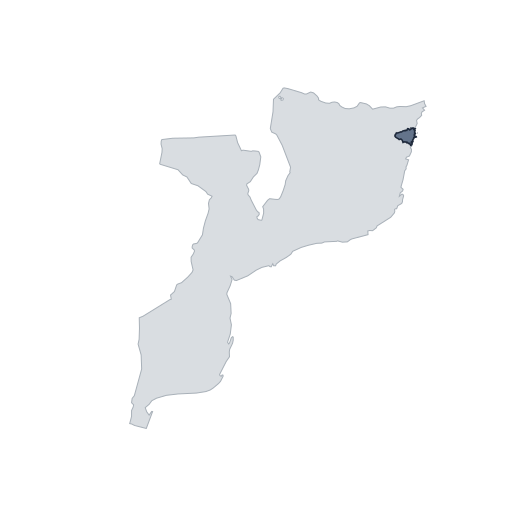 location of Macomia, Cabo Delgado, Mozambique, rotated 17°
{"feature_id": "85939544B2345621089228", "entity_name": "Macomia", "entity_type": "district", "adm_level": 2, "iso_a3": "MOZ", "parent_name": "Mozambique", "parent_adm1": "Cabo Delgado", "projection": "albers", "projection_center": [40.255, -12.036], "detail": "fine", "context": "in_parent", "style": "filled", "palette": "slate", "viewbox_px": 512, "rotation_deg": 17, "n_neighbors": 0, "source": "geoboundaries", "source_scale": "gbopen_adm2", "svg_char_len": 7337}
<svg xmlns="http://www.w3.org/2000/svg" viewBox="0 0 512 512"><g transform="rotate(17 256 256)"><path d="M162.4,349.2L165.5,346.7L186.3,323.0L187.6,322.1L185.7,318.3L188.4,313.8L188.6,306.8L189.4,305.7L192.6,303.3L197.0,296.0L199.6,290.4L199.9,287.7L195.6,280.2L194.3,276.2L195.4,272.6L195.8,269.3L195.2,268.3L192.6,267.0L192.2,265.5L192.2,263.8L192.7,262.8L195.7,261.2L196.3,260.3L198.6,251.4L197.6,244.7L197.3,237.1L197.7,229.2L197.4,224.7L195.2,219.6L195.0,215.9L196.3,213.3L196.5,211.7L191.7,211.0L189.2,209.0L179.9,205.8L172.9,205.6L166.8,200.6L162.2,199.9L156.2,196.3L137.5,196.3L136.9,195.9L135.8,184.5L134.9,180.8L132.5,176.8L131.8,174.0L131.9,172.2L142.0,167.7L162.1,161.2L166.5,159.1L200.7,146.4L201.7,147.1L205.3,153.0L211.3,159.6L212.6,158.6L220.9,157.3L222.1,156.4L224.6,155.8L227.5,155.3L228.5,155.7L231.6,159.8L232.9,167.6L233.1,172.9L232.8,176.7L230.4,181.1L228.8,186.6L226.2,189.7L226.3,191.1L229.4,194.3L230.0,195.7L229.9,198.6L230.4,199.7L233.0,201.4L235.1,204.0L242.7,211.8L244.6,213.2L246.1,213.5L246.9,215.1L246.5,216.9L245.4,218.0L245.9,219.4L247.3,220.6L250.7,220.3L251.1,219.8L250.8,212.8L249.5,208.8L248.0,206.9L250.8,199.3L252.3,197.2L257.9,196.2L260.5,195.5L261.5,194.6L262.3,192.1L262.9,185.4L263.0,179.1L262.4,175.4L263.1,169.8L264.3,166.3L263.7,165.7L263.1,161.0L248.7,142.5L240.6,134.3L239.2,133.5L234.8,132.9L232.4,129.9L230.1,113.1L226.9,101.0L231.4,92.9L232.8,87.7L233.8,87.0L237.7,86.6L251.8,86.5L255.2,86.9L256.8,86.4L260.4,83.2L263.4,83.2L267.5,85.1L269.7,86.8L270.1,88.3L272.8,89.1L277.9,89.3L281.6,88.5L283.8,86.7L286.2,85.7L288.8,85.5L290.7,86.1L292.0,87.5L294.5,88.4L298.1,88.9L302.1,88.0L306.4,85.7L308.9,83.3L310.2,79.3L311.0,78.7L317.1,78.3L320.4,79.1L324.6,81.5L331.8,77.0L336.3,75.5L340.7,75.5L344.3,74.4L347.0,72.2L350.0,70.9L356.0,69.3L360.1,67.0L371.4,58.4L372.6,60.9L374.9,63.2L371.9,65.7L374.6,67.3L372.6,69.7L372.4,71.3L373.3,73.0L372.0,75.7L370.4,77.8L369.9,79.4L371.4,82.2L370.6,87.3L373.0,95.7L372.3,98.5L372.8,105.1L371.9,107.5L373.4,108.3L374.1,110.9L373.5,115.5L371.0,117.5L370.7,119.4L373.8,119.4L373.8,125.2L373.4,126.9L374.1,128.8L373.3,131.0L374.3,140.2L374.4,146.9L374.6,148.0L377.2,149.2L377.2,151.0L375.5,153.4L375.6,157.0L377.5,154.1L378.6,154.2L379.6,155.3L379.7,159.3L380.2,161.3L380.0,163.1L376.9,166.4L376.7,169.7L375.5,170.1L374.9,170.9L375.7,172.8L375.7,174.4L373.5,179.6L363.0,191.8L362.8,193.9L360.1,197.7L357.2,198.4L355.6,199.4L356.9,202.8L342.9,211.5L341.5,212.7L339.2,215.8L334.6,217.5L329.6,217.7L328.8,218.4L317.4,222.5L315.2,224.4L310.4,226.1L302.8,230.5L296.7,234.6L289.7,240.8L288.8,244.1L285.5,248.4L280.6,253.5L277.7,257.8L277.6,259.6L275.8,260.2L274.3,258.5L273.7,261.9L272.5,262.1L271.1,261.5L264.9,265.2L260.4,269.4L253.9,277.4L244.4,285.2L242.3,285.4L239.2,282.8L237.5,282.7L240.0,285.5L240.0,292.0L239.0,299.5L239.2,301.1L245.7,309.0L249.0,318.2L249.3,323.0L252.6,329.0L254.2,338.2L254.0,346.8L255.6,348.1L256.1,346.9L256.3,341.5L257.1,340.0L257.9,340.2L258.8,343.1L259.1,346.2L258.1,352.9L258.5,355.6L260.1,360.1L258.4,365.4L255.8,380.0L256.5,380.9L257.9,381.2L258.4,379.6L259.3,379.6L259.7,380.6L258.7,386.3L257.5,388.8L253.5,395.0L251.3,397.6L247.7,400.3L239.1,404.5L221.8,410.7L210.9,415.5L202.4,421.1L198.7,424.8L197.2,429.0L194.4,433.4L197.0,436.9L200.3,439.4L201.7,435.1L202.6,435.0L201.5,453.0L189.6,453.6L186.2,453.0L184.2,453.2L183.9,445.8L182.2,440.2L182.7,436.2L182.5,434.1L179.9,432.7L179.2,428.4L180.5,425.1L179.7,397.5L175.1,384.2L169.0,374.7L168.6,369.9L165.7,359.2L162.4,349.2ZM234.6,99.8L236.1,99.0L236.3,97.6L235.3,97.0L234.5,97.1L234.1,99.4L234.6,99.8ZM233.6,97.3L232.4,96.2L231.5,96.5L231.2,97.4L232.1,98.5L233.1,98.5L233.6,97.3Z" fill="#d9dde1" stroke="#a8b0b8" stroke-width="1"/><path d="M371.6,105.1L371.8,105.1L372.0,104.8L371.9,104.9L372.0,104.6L372.0,104.4L372.3,104.2L372.3,103.8L372.2,103.9L371.9,103.9L372.0,103.9L372.3,103.8L372.4,103.6L372.5,103.5L372.3,103.1L372.4,102.9L372.2,102.6L372.1,102.3L372.1,102.2L371.8,102.2L371.7,102.2L371.7,102.3L371.7,102.2L371.4,102.1L371.2,101.4L371.3,101.2L371.5,101.1L371.4,101.1L371.5,101.1L371.4,101.3L371.4,101.6L371.5,101.7L371.6,101.8L371.8,102.1L372.0,102.1L372.1,101.9L372.2,101.7L372.3,101.5L372.5,101.1L372.4,100.9L372.2,100.9L372.1,101.0L372.1,100.9L372.1,100.7L371.9,100.6L372.0,100.6L372.3,100.8L372.6,100.5L372.5,100.3L372.1,99.6L371.9,99.1L372.0,98.8L372.2,98.3L372.5,97.8L372.5,97.6L372.3,97.3L372.3,97.1L372.2,96.9L372.2,96.7L372.3,96.4L372.7,96.0L373.1,95.6L373.3,95.6L373.5,95.5L373.3,95.6L373.0,95.4L372.8,95.2L372.8,95.3L372.6,95.1L372.3,94.9L372.1,94.4L371.9,93.9L371.9,93.7L371.8,93.2L371.9,92.8L372.2,92.4L372.6,92.1L372.5,91.9L372.5,92.0L372.4,91.9L372.0,91.8L371.8,91.7L371.5,91.5L371.4,91.1L371.3,90.8L371.4,90.6L371.4,90.3L371.4,90.0L371.4,89.9L371.4,89.6L371.4,89.4L371.1,89.4L370.8,89.3L370.7,89.0L370.8,88.5L370.8,88.3L370.7,88.2L370.5,88.3L370.4,88.3L370.6,88.1L370.8,88.1L370.8,87.9L370.9,87.7L370.5,87.7L370.3,87.8L370.0,87.8L369.9,87.9L369.8,88.0L369.7,87.9L369.6,88.0L369.4,88.1L369.5,88.2L369.4,88.2L369.4,88.3L369.3,88.2L369.2,88.2L369.0,87.9L368.9,87.9L368.6,87.8L368.6,87.7L368.3,87.8L368.2,87.9L368.3,88.0L368.2,88.0L367.9,88.1L367.9,88.4L367.8,88.5L367.7,88.6L367.6,88.4L367.4,88.4L367.5,88.5L367.4,88.7L367.4,88.8L367.2,88.9L367.0,89.1L366.9,89.2L367.0,89.3L367.0,89.5L366.9,89.6L366.7,89.5L366.5,89.9L366.4,89.9L366.3,90.0L366.2,90.1L366.1,90.3L366.1,90.5L365.9,90.5L365.8,90.4L365.6,90.3L365.4,90.1L365.2,90.1L365.2,89.9L364.8,89.8L364.7,89.8L364.6,89.7L364.4,89.8L364.2,89.9L363.8,89.9L363.8,90.0L363.7,90.4L363.8,90.4L363.6,90.5L363.6,90.9L363.6,91.0L363.6,91.4L363.6,91.5L363.4,91.6L363.4,91.8L363.1,91.8L362.8,91.9L362.8,92.1L362.4,92.3L362.2,92.6L361.9,92.6L361.7,92.4L361.6,92.6L361.3,92.9L361.2,92.9L360.9,92.9L360.6,93.0L360.4,93.2L360.2,93.4L360.0,93.5L359.8,93.6L359.7,93.6L359.6,93.8L359.5,94.0L359.4,94.1L359.3,94.3L359.2,94.5L359.0,94.8L358.9,94.9L358.7,94.9L358.4,94.9L358.1,95.1L357.9,95.1L357.8,95.4L357.3,95.6L357.2,95.7L357.0,95.8L356.8,96.0L356.7,96.1L356.6,96.3L356.3,96.5L356.2,96.5L355.9,96.5L355.7,96.7L355.5,96.8L355.2,97.0L354.9,97.2L354.8,97.4L354.6,97.4L354.4,97.4L354.2,97.3L354.1,97.6L354.2,97.8L354.2,98.0L354.2,98.4L354.1,98.5L353.9,98.7L353.8,98.8L353.7,99.0L353.8,99.1L353.8,99.4L353.7,99.6L353.9,100.2L353.9,100.3L353.7,100.5L353.9,100.8L354.0,101.0L354.5,101.2L354.6,101.4L354.7,101.5L355.7,101.8L356.5,102.0L356.8,102.1L357.1,102.2L357.8,102.2L358.3,102.5L358.8,102.8L359.1,102.7L359.4,102.5L359.5,102.3L360.0,102.0L360.1,101.8L360.3,101.7L360.6,101.8L361.7,102.4L362.1,102.6L363.3,104.4L363.4,104.5L364.2,103.4L364.4,103.4L364.7,103.5L365.1,103.6L365.6,103.3L365.8,103.1L366.1,103.2L366.3,103.1L367.0,103.6L367.3,103.0L367.7,103.1L367.9,103.4L368.4,103.5L368.5,103.7L368.8,103.8L369.0,103.7L369.3,103.8L369.3,103.7L369.6,103.4L369.8,103.5L370.1,103.6L370.6,103.8L370.7,104.1L370.9,104.2L371.0,104.3L371.1,104.5L371.3,104.7L371.4,104.8L371.5,104.9L371.5,105.0L371.6,105.1ZM374.2,95.0L373.9,94.9L373.9,95.1L374.1,95.2L374.1,95.3L374.1,95.6L374.3,95.5L374.3,95.4L374.5,95.2L374.3,95.0L374.2,95.0ZM372.0,104.6L372.2,104.4L372.0,104.6ZM374.8,91.1L374.5,91.1L374.8,91.1ZM373.3,96.7L373.2,96.7L373.3,96.7ZM371.4,101.9L371.3,101.7L371.3,101.9L371.4,101.9ZM372.1,104.7L372.0,104.8L372.1,104.7ZM371.4,102.0L371.3,101.9L371.3,102.0L371.4,102.0Z" fill="#64748b" stroke="#1e293b" stroke-width="1.5"/></g></svg>